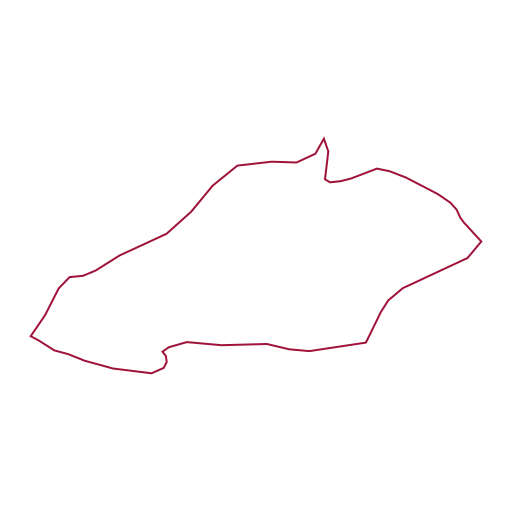 SVG path tracing the border of Bovec
{"feature_id": "SVN-1023", "entity_name": "Bovec", "entity_type": "Municipality", "adm_level": 1, "iso_a3": "SVN", "parent_name": "Slovenia", "parent_adm1": "", "projection": "robinson", "projection_center": [13.618, 46.371], "detail": "fine", "context": "isolated", "style": "outline", "palette": "rose", "viewbox_px": 512, "rotation_deg": 0, "n_neighbors": 0, "source": "natural_earth", "source_scale": "10m", "svg_char_len": 729}
<svg xmlns="http://www.w3.org/2000/svg" viewBox="0 0 512 512"><path d="M296.5,162.5L315.4,153.7L323.9,138.7L328.3,151.4L325.0,179.3L330.0,182.3L340.5,181.2L350.8,178.6L376.9,168.6L389.5,171.2L406.1,177.6L437.8,194.1L450.5,202.8L456.6,209.6L460.2,217.5L463.5,222.1L481.3,241.5L467.5,258.0L402.9,288.1L388.2,300.4L380.9,312.0L365.9,342.6L309.4,351.1L289.2,349.3L266.9,344.0L221.4,345.2L186.8,342.1L168.9,347.2L162.5,351.7L165.9,356.0L166.7,362.0L163.7,367.9L151.5,373.3L112.9,368.5L84.6,360.7L68.1,354.1L54.3,350.4L39.1,340.7L30.7,336.2L45.1,315.1L58.7,288.4L69.6,277.1L83.0,275.8L95.5,270.6L119.7,255.4L166.5,233.8L191.2,211.7L212.7,185.6L237.4,165.6L271.6,161.7L296.5,162.5Z" fill="none" stroke="#9f1239" stroke-width="2"/></svg>